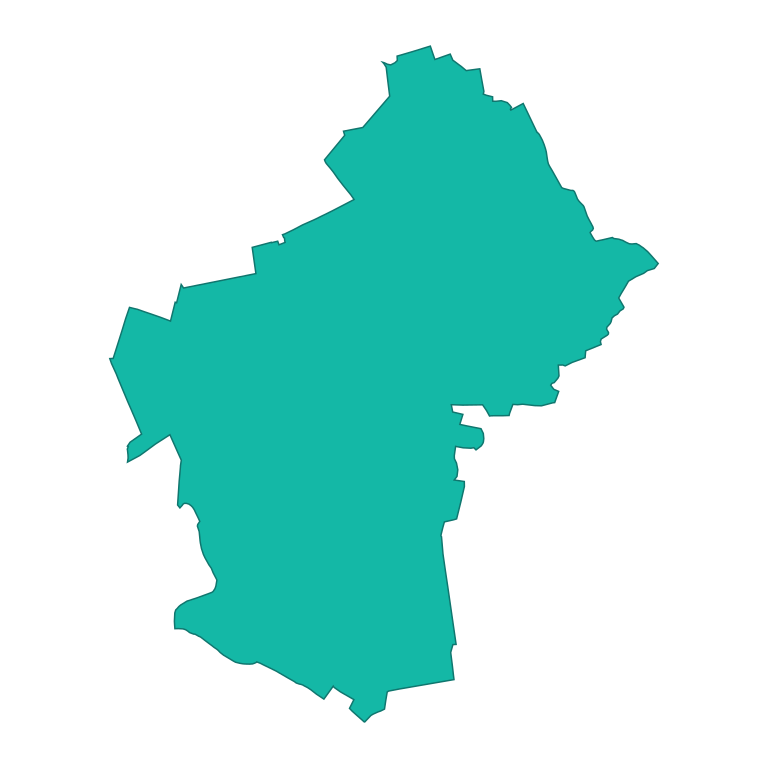 Tarcea, Bihor, Romania
{"feature_id": "2599482B43018225776190", "entity_name": "Tarcea", "entity_type": "district", "adm_level": 2, "iso_a3": "ROU", "parent_name": "Romania", "parent_adm1": "Bihor", "projection": "orthographic", "projection_center": [22.196, 47.457], "detail": "fine", "context": "isolated", "style": "filled", "palette": "teal", "viewbox_px": 768, "rotation_deg": 0, "n_neighbors": 0, "source": "geoboundaries", "source_scale": "gbopen_adm2", "svg_char_len": 4998}
<svg xmlns="http://www.w3.org/2000/svg" viewBox="0 0 768 768"><path d="M454.0,679.6L453.3,673.9L452.4,666.0L450.7,652.5L452.9,644.6L456.1,644.4L447.7,586.3L445.3,570.2L443.0,554.1L441.5,536.7L440.9,535.8L441.1,534.6L442.8,527.6L443.7,524.4L443.9,523.6L444.4,521.9L453.6,519.8L456.6,518.9L460.9,501.6L464.4,486.5L464.3,481.5L454.2,480.0L457.0,476.4L457.8,469.8L456.5,463.1L454.4,458.7L454.3,455.7L455.6,446.4L463.1,447.8L471.0,448.2L473.8,447.7L476.0,449.9L481.3,445.8L482.9,443.3L483.4,441.9L483.8,438.6L483.3,433.4L481.0,428.7L466.3,425.8L459.8,424.4L462.9,414.4L452.7,412.0L451.3,404.7L462.8,405.1L482.6,404.8L486.6,410.7L489.5,416.0L491.1,415.8L494.9,415.7L503.2,415.7L509.1,415.5L509.6,413.3L512.9,404.4L517.7,404.7L522.7,404.2L525.2,404.5L530.5,405.1L534.6,405.6L541.5,405.8L552.8,402.8L554.7,402.6L558.7,391.4L553.8,389.3L550.7,385.2L552.0,383.3L554.2,382.6L557.9,378.2L559.0,375.9L558.3,365.1L562.7,365.0L565.2,365.9L572.2,362.4L585.1,357.7L585.4,354.2L585.7,350.8L601.1,344.5L600.4,341.6L601.2,339.0L607.4,335.1L608.4,334.0L608.5,332.5L606.6,329.2L606.9,327.2L610.2,323.5L611.1,321.7L612.0,318.0L614.5,315.7L617.5,314.1L620.0,310.9L623.2,308.9L624.0,307.2L618.7,298.0L621.2,293.5L624.9,287.4L628.5,281.2L635.9,276.7L643.7,273.3L647.4,270.6L654.3,268.5L658.2,263.5L650.1,254.3L647.9,251.9L643.3,247.9L641.2,246.5L639.1,245.0L638.4,244.7L637.2,244.1L636.3,243.6L633.8,243.8L632.1,244.0L629.4,243.8L626.1,242.3L623.2,240.7L622.7,240.4L621.3,240.0L618.9,239.2L616.9,238.9L614.5,238.6L613.5,238.4L613.0,237.9L612.4,237.5L608.2,238.5L602.2,239.9L599.2,240.5L596.2,241.2L594.5,240.0L592.6,237.0L590.1,232.6L590.8,231.5L592.6,230.0L593.3,228.4L592.8,226.6L592.0,225.2L591.3,223.8L588.9,219.4L587.2,216.0L584.8,209.1L584.0,206.8L583.2,205.5L580.9,203.2L579.1,201.3L577.5,199.1L576.2,195.8L574.9,192.6L574.3,191.4L572.9,190.4L570.8,190.4L567.4,189.5L563.3,188.4L561.7,187.6L560.3,185.1L555.1,175.8L552.3,170.8L549.5,166.1L548.4,163.9L547.7,161.2L547.1,157.5L546.3,152.0L545.6,149.2L544.2,144.8L542.4,140.3L540.9,137.4L539.2,134.3L537.3,132.3L537.0,132.3L523.2,103.5L510.8,110.1L510.4,109.5L510.7,108.4L511.5,107.4L509.8,105.2L507.3,102.6L501.3,100.7L495.9,101.3L492.7,101.2L492.6,96.8L486.5,95.3L483.3,94.1L483.9,91.4L481.8,80.1L479.8,68.8L466.2,70.6L461.2,66.4L459.4,65.1L454.1,61.1L452.9,60.3L450.2,54.1L434.9,59.5L433.3,54.9L430.3,46.1L412.9,51.5L401.0,55.0L397.1,56.1L397.3,60.5L394.9,62.8L390.7,64.9L387.3,64.2L385.7,63.4L384.1,62.7L382.7,62.3L383.9,63.6L384.4,64.4L386.2,67.3L387.9,81.7L389.7,96.2L375.0,113.3L362.8,127.5L343.5,131.2L344.7,135.3L344.5,135.6L324.5,159.8L325.2,161.6L326.2,163.4L330.0,167.9L332.8,171.4L334.4,173.6L337.8,178.5L340.3,181.7L343.0,185.2L350.8,194.8L354.1,199.5L343.2,205.2L332.0,211.0L313.9,219.9L312.3,220.6L307.1,222.9L302.6,224.9L293.5,229.7L286.9,232.9L284.6,234.0L283.9,234.2L283.4,234.4L282.5,234.7L282.6,234.9L283.7,237.6L284.5,238.0L284.7,240.7L285.1,242.4L279.0,244.8L277.7,241.2L271.5,242.7L271.3,242.3L252.2,247.4L252.3,248.1L255.9,273.6L183.6,288.0L181.2,284.5L176.6,302.8L175.2,302.2L170.5,321.1L160.5,317.3L152.7,314.6L151.6,314.2L149.2,313.4L144.2,311.7L137.4,309.3L135.2,308.8L129.5,307.4L125.6,318.8L122.2,330.0L118.6,341.4L113.2,358.4L109.8,358.6L111.5,363.5L116.3,374.0L118.1,378.6L122.9,390.1L127.8,401.8L131.7,410.7L133.0,413.8L133.6,415.1L133.8,415.6L136.0,420.7L141.0,432.7L141.6,434.1L130.1,442.2L127.4,446.2L128.2,446.6L127.8,447.9L127.3,449.1L127.5,450.1L128.0,454.9L128.1,458.1L127.8,460.1L127.5,462.1L137.2,456.9L139.8,455.5L144.8,451.9L155.5,444.0L169.9,434.7L178.1,453.1L181.3,460.2L180.5,465.5L180.4,467.4L179.9,473.3L179.8,474.5L179.7,475.4L179.2,481.0L177.6,505.0L179.9,507.9L182.1,505.5L183.3,503.9L184.6,503.3L186.6,503.4L188.9,504.1L191.0,505.6L192.6,507.2L194.3,509.8L195.8,513.0L198.2,517.9L199.8,521.4L197.7,524.5L197.4,526.1L199.2,531.6L200.1,540.9L200.4,543.1L201.5,548.6L203.4,554.4L205.0,557.8L208.9,564.8L211.3,568.2L213.1,572.7L216.4,579.0L216.9,580.1L215.9,586.0L215.0,588.6L213.1,591.5L211.8,592.4L208.1,593.8L196.0,598.2L187.0,601.1L180.8,604.9L178.9,606.5L177.1,608.6L175.7,610.0L174.8,613.0L174.4,621.2L174.6,624.9L174.9,628.7L178.3,628.6L181.6,628.8L183.1,628.9L185.6,629.7L187.8,631.1L189.5,632.5L191.2,633.2L193.7,634.1L195.1,634.2L198.8,636.3L200.4,636.9L205.3,640.7L209.0,643.5L212.1,645.8L214.1,647.4L216.8,649.2L218.1,650.3L220.2,652.5L223.6,655.2L233.3,661.0L235.5,662.2L239.9,663.3L242.8,663.8L245.3,664.0L249.5,664.1L252.6,663.9L254.8,663.1L256.3,662.4L256.7,661.9L260.4,663.3L263.1,664.7L275.8,670.9L287.7,677.8L294.6,681.7L295.6,682.6L296.8,683.2L298.1,683.6L299.1,684.0L301.1,684.4L302.8,685.0L304.3,685.9L305.5,686.5L307.6,687.6L310.9,689.8L316.5,694.2L323.9,699.1L333.2,686.2L333.4,686.7L334.8,687.9L340.5,691.9L353.9,699.6L349.5,708.4L352.1,711.1L354.2,713.0L364.2,721.9L364.8,721.9L370.2,716.2L371.0,715.4L373.4,714.0L377.4,712.2L378.1,711.9L380.7,711.0L384.5,709.1L385.8,700.3L387.2,692.0L388.5,691.1L398.8,689.1L432.5,683.3L454.0,679.6Z" fill="#14b8a6" stroke="#0f766e" stroke-width="1.5"/></svg>